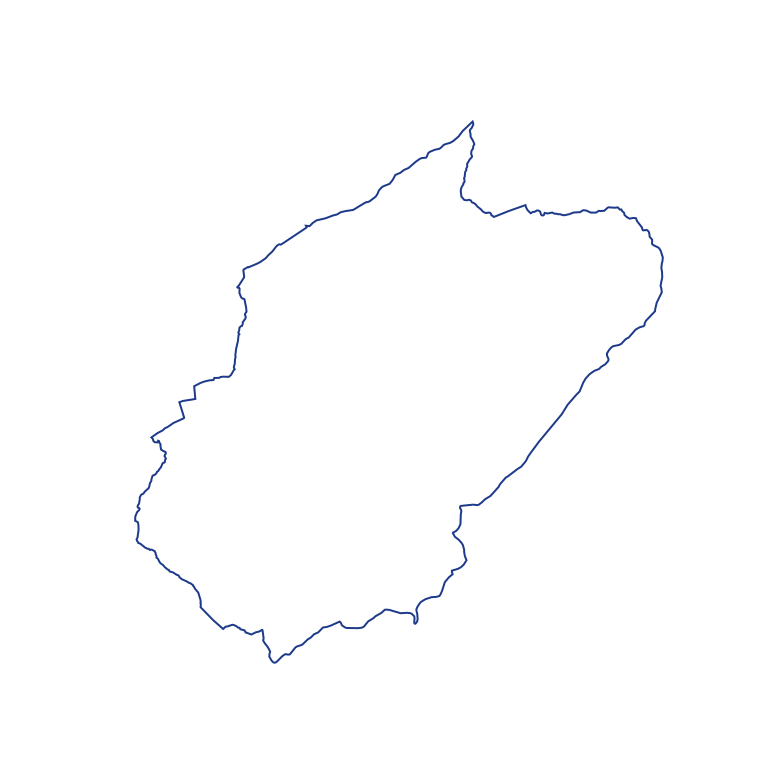 Pasca, Cundinamarca, Colombia (Robinson projection), rotated 41°
{"feature_id": "7082276B89051465067513", "entity_name": "Pasca", "entity_type": "district", "adm_level": 2, "iso_a3": "COL", "parent_name": "Colombia", "parent_adm1": "Cundinamarca", "projection": "robinson", "projection_center": [-74.281, 4.297], "detail": "fine", "context": "isolated", "style": "outline", "palette": "blue", "viewbox_px": 768, "rotation_deg": 41, "n_neighbors": 0, "source": "geoboundaries", "source_scale": "gbopen_adm2", "svg_char_len": 6143}
<svg xmlns="http://www.w3.org/2000/svg" viewBox="0 0 768 768"><g transform="rotate(41 384 384)"><path d="M487.9,98.6L485.9,96.7L484.2,95.5L482.3,95.2L481.0,95.6L478.9,98.0L478.2,98.1L475.8,96.6L468.4,95.1L465.3,93.6L463.0,95.3L460.9,98.1L457.7,98.7L454.8,98.7L452.8,97.3L450.7,97.3L448.5,96.6L447.5,97.7L444.6,97.3L442.6,99.5L437.5,103.4L437.1,104.4L436.6,108.7L434.3,111.1L432.5,112.4L431.6,115.5L427.6,119.0L422.8,120.4L420.6,121.9L420.0,122.9L419.3,125.6L414.6,130.2L412.2,134.6L409.6,138.1L408.1,139.3L405.5,140.3L403.7,141.9L402.4,142.3L401.2,143.5L398.4,144.3L395.7,147.9L393.0,149.5L393.8,151.6L393.3,152.7L392.4,153.1L391.3,153.1L388.7,151.4L386.7,151.8L385.5,152.8L384.7,155.3L383.5,156.4L382.7,158.9L378.3,158.6L375.4,157.5L373.4,156.2L364.5,171.9L357.3,185.9L355.9,185.8L354.4,186.2L353.0,185.3L351.7,185.3L350.8,185.7L348.6,188.2L346.0,189.0L342.4,188.6L338.1,188.8L335.3,188.3L333.1,188.5L331.2,189.2L329.1,188.5L327.3,189.2L326.0,191.0L323.9,192.4L319.5,191.8L315.8,188.5L314.2,186.5L313.2,183.7L313.0,181.5L312.2,180.4L312.2,178.8L310.8,177.1L309.5,176.3L308.9,174.6L306.2,170.8L305.8,168.6L304.8,167.6L304.1,165.1L302.4,163.5L301.4,158.4L301.4,155.2L301.2,154.5L298.8,153.1L297.3,151.0L296.9,149.9L296.8,148.1L295.4,146.0L294.8,143.7L291.5,142.0L287.2,140.6L285.2,138.5L282.9,136.9L282.2,135.6L282.2,133.3L281.3,129.9L280.4,128.8L278.7,127.8L277.4,141.3L277.9,148.4L276.8,155.4L275.7,158.6L273.3,162.2L272.2,164.4L272.0,167.8L271.5,170.1L268.6,174.0L266.1,179.1L266.0,181.2L267.2,184.4L267.2,185.7L264.2,188.8L263.3,190.7L262.2,195.2L260.8,204.9L258.6,209.5L257.8,213.8L255.4,218.8L256.7,224.4L256.9,229.2L253.8,235.2L253.2,237.1L253.2,241.3L254.4,245.0L254.8,248.0L253.3,255.5L252.4,257.3L251.0,258.9L246.5,272.9L241.3,279.0L238.6,282.8L237.4,286.7L235.0,290.2L231.1,297.4L225.7,304.8L224.5,309.5L224.3,313.6L221.2,315.8L222.9,316.6L222.6,317.9L215.3,344.6L214.6,346.6L213.5,347.1L213.1,347.8L212.4,350.2L212.8,357.1L212.2,362.7L212.2,366.6L211.7,368.7L210.5,373.4L209.3,376.4L205.2,384.8L204.6,384.9L203.0,389.6L203.2,390.4L208.1,394.8L208.5,395.6L209.8,404.5L209.8,407.2L210.5,407.3L211.5,406.5L212.6,406.9L215.2,410.2L219.3,412.3L221.0,412.4L222.4,411.6L223.2,411.7L229.5,416.5L232.8,419.6L233.1,422.2L233.7,423.0L235.4,423.8L236.5,425.6L236.9,430.1L237.9,431.2L238.7,433.2L238.0,434.6L238.0,436.3L239.7,438.8L240.2,440.6L240.7,441.0L242.2,441.3L242.2,442.6L245.5,447.3L249.4,454.6L253.2,460.2L254.3,461.0L255.3,463.0L258.3,466.9L258.9,468.6L259.8,470.0L261.7,470.9L261.5,471.9L262.6,477.4L262.2,480.4L257.9,483.9L256.1,485.9L255.6,487.5L252.0,490.7L252.7,492.9L250.0,495.6L246.9,499.8L244.8,503.6L242.2,510.2L251.4,519.1L243.3,528.8L241.5,532.0L255.1,540.4L255.4,541.1L250.7,551.5L248.8,558.7L247.7,561.0L247.4,564.2L245.3,569.6L243.5,576.9L245.5,577.1L247.2,578.2L249.1,578.4L251.4,576.6L250.8,575.0L251.7,574.7L252.3,575.4L254.9,576.1L255.8,577.3L258.7,579.7L261.4,579.4L263.7,578.6L265.0,579.7L265.2,581.6L265.7,582.4L268.4,583.4L268.7,585.2L269.8,586.6L269.8,587.3L268.9,588.9L270.3,593.4L270.3,595.7L270.7,597.7L270.3,599.0L270.8,600.8L270.6,602.8L269.5,605.0L270.9,608.3L272.0,609.9L272.5,612.6L274.2,615.5L274.7,617.1L274.1,621.9L274.3,624.8L273.4,626.7L274.0,629.7L275.4,631.4L277.7,635.2L277.8,636.8L278.4,638.2L279.3,638.7L280.4,638.3L281.5,638.5L281.9,639.8L281.7,642.6L283.2,647.1L285.9,650.5L288.6,649.8L289.6,650.2L291.6,652.0L294.7,655.4L298.8,661.8L299.1,663.5L300.8,664.5L302.1,664.7L302.9,665.2L304.7,664.4L310.9,664.2L313.6,663.5L314.6,662.7L316.1,662.9L317.1,661.5L320.5,660.6L322.5,661.4L323.6,662.4L325.2,663.1L326.2,664.3L327.9,664.2L331.7,665.7L333.1,665.9L335.7,665.6L338.8,666.0L342.0,666.0L343.8,665.5L344.3,665.9L345.8,665.9L348.3,664.6L352.8,664.0L353.7,663.5L354.6,663.3L356.4,664.0L359.3,664.0L365.5,662.2L366.8,662.2L368.6,661.4L371.7,661.1L372.3,661.6L373.8,661.6L375.0,662.4L380.7,663.3L386.8,667.1L388.8,668.8L389.1,669.7L390.1,670.2L392.1,672.8L410.1,674.3L423.3,674.4L423.7,671.0L424.8,669.9L427.5,665.2L429.4,664.2L431.8,663.6L433.5,663.6L435.0,662.8L436.0,663.3L437.0,663.1L440.1,661.5L442.2,661.9L442.5,662.3L448.3,660.0L450.1,655.6L452.2,652.7L453.2,649.6L453.8,649.5L460.0,654.9L461.1,656.9L463.9,657.8L469.3,658.9L473.7,660.7L474.6,662.7L476.3,665.0L480.6,666.5L483.0,666.7L484.1,666.3L484.9,665.3L485.3,663.9L485.8,656.1L486.6,653.1L487.2,652.2L489.0,651.3L490.3,649.9L490.0,640.9L490.6,639.0L493.0,635.1L493.4,633.7L494.0,626.8L495.1,623.5L495.4,618.7L497.3,614.7L497.7,607.8L500.3,604.8L502.5,600.9L506.4,592.4L507.7,592.4L510.6,593.7L514.3,593.3L515.9,592.6L524.4,585.5L526.6,583.1L527.6,581.5L528.0,580.3L527.8,573.5L529.5,568.1L530.0,564.6L532.2,558.5L532.7,553.9L533.7,552.8L536.2,551.0L546.9,546.1L551.8,541.3L554.4,539.6L555.8,539.2L559.3,539.5L560.7,540.7L563.2,544.1L563.9,544.6L564.7,544.6L565.0,544.0L564.9,541.6L563.5,539.2L559.9,535.7L556.7,533.4L556.2,532.6L555.4,530.1L554.8,525.7L555.0,523.7L556.5,519.1L559.8,513.6L563.0,510.5L564.9,507.7L564.7,505.8L563.6,502.2L559.9,493.6L559.8,487.3L560.6,482.5L558.5,481.3L557.7,480.3L560.9,475.3L562.2,472.1L562.7,468.2L561.9,462.9L557.9,460.8L554.7,458.2L553.3,456.6L549.4,453.9L547.0,453.1L542.7,452.5L537.7,452.8L533.9,451.4L533.6,450.9L534.8,447.6L534.9,444.0L533.7,439.7L527.7,432.3L525.6,429.0L524.7,428.4L522.7,427.7L521.8,426.4L522.0,425.7L522.7,424.8L530.3,416.7L534.0,414.1L534.7,413.0L535.5,409.2L535.9,404.6L537.8,398.6L538.0,386.3L537.3,383.7L537.3,374.7L538.1,372.4L540.4,361.1L541.8,356.3L541.7,350.3L541.4,348.1L540.4,344.4L539.9,340.0L538.8,325.7L538.0,290.2L536.2,279.2L536.2,266.2L536.5,261.2L533.5,252.4L532.6,247.8L532.7,241.7L534.1,236.1L536.4,231.7L536.7,228.3L538.1,223.8L538.1,220.6L538.0,219.2L537.1,217.9L533.6,216.2L532.2,214.7L531.5,210.3L531.6,206.7L532.3,204.9L535.8,200.3L536.7,198.1L537.0,191.5L538.2,188.3L538.2,178.0L539.6,173.7L542.0,170.0L542.1,168.9L540.8,166.9L540.2,164.2L540.8,151.3L539.7,149.8L536.5,143.8L533.5,132.6L531.3,130.5L528.2,128.3L523.9,120.8L520.1,116.8L517.2,114.5L514.6,110.7L513.4,108.3L511.3,105.5L505.6,102.0L502.8,101.1L501.4,101.1L496.3,102.4L494.7,102.5L493.9,102.0L492.7,100.2L491.5,99.1L487.9,98.6Z" fill="none" stroke="#1e3a8a" stroke-width="2"/></g></svg>